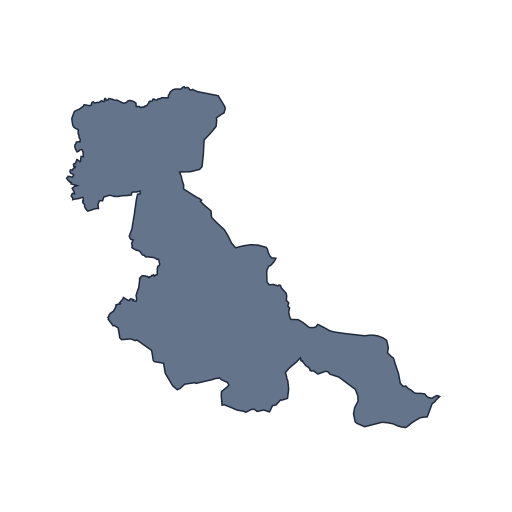 the district of Ikara, Kaduna, Nigeria, rotated 9°
{"feature_id": "59680162B12574760496394", "entity_name": "Ikara", "entity_type": "district", "adm_level": 2, "iso_a3": "NGA", "parent_name": "Nigeria", "parent_adm1": "Kaduna", "projection": "mercator", "projection_center": [8.11, 11.312], "detail": "fine", "context": "isolated", "style": "filled", "palette": "slate", "viewbox_px": 512, "rotation_deg": 9, "n_neighbors": 0, "source": "geoboundaries", "source_scale": "gbopen_adm2", "svg_char_len": 6044}
<svg xmlns="http://www.w3.org/2000/svg" viewBox="0 0 512 512"><g transform="rotate(9 256 256)"><path d="M276.0,255.1L271.8,255.4L269.7,253.8L267.7,250.9L266.1,247.3L264.7,245.9L256.5,244.9L248.9,245.7L241.6,248.0L234.5,251.1L229.7,246.9L224.8,239.9L220.5,234.9L211.9,229.2L206.1,224.8L204.5,218.5L196.6,213.7L192.6,210.8L193.5,209.4L190.7,207.9L188.7,207.5L174.0,201.1L173.5,197.3L171.0,192.4L169.9,189.4L167.4,185.0L178.1,183.0L186.7,179.3L188.7,176.3L188.1,164.0L186.6,149.5L192.6,140.7L196.3,134.3L196.0,128.2L195.3,125.8L200.0,121.2L202.0,119.8L202.5,115.4L202.0,113.6L193.6,103.6L172.6,102.8L167.9,101.7L167.5,101.3L166.0,102.2L164.7,102.3L163.6,101.0L162.4,100.2L161.4,100.4L160.4,100.9L159.6,101.0L158.6,100.0L157.1,101.0L155.7,102.9L150.2,103.7L147.8,104.9L145.6,107.5L145.1,109.2L145.2,109.8L144.3,111.0L144.4,112.2L144.7,112.8L144.4,113.6L138.3,114.3L137.8,114.6L136.9,115.6L134.7,116.1L133.8,117.4L132.4,117.7L130.5,116.9L129.6,117.3L129.4,117.7L129.4,118.8L129.1,119.4L128.3,119.6L127.2,119.6L126.3,120.1L126.1,122.2L125.1,123.1L124.8,124.4L124.2,124.9L123.7,124.9L122.4,125.6L122.4,126.4L122.0,126.7L121.1,126.4L120.0,126.7L119.2,127.6L117.5,126.6L115.3,126.9L114.8,127.3L114.4,127.1L114.0,126.1L113.5,123.8L111.2,122.6L107.2,122.0L105.4,122.8L103.9,124.6L101.6,125.9L99.8,125.5L94.2,123.7L91.9,124.4L89.7,123.6L86.0,123.5L85.0,125.4L83.6,125.5L82.9,124.0L82.3,123.9L81.7,125.0L82.1,126.5L81.6,127.3L78.9,126.8L77.1,128.9L75.2,129.1L72.8,130.2L71.1,129.2L70.0,130.0L69.4,133.1L67.3,133.6L62.6,133.4L62.0,135.1L58.4,138.7L55.9,140.2L54.0,141.7L52.7,147.9L52.6,149.3L53.9,153.7L54.7,155.7L55.7,157.0L57.2,157.9L60.4,159.0L60.8,159.6L61.1,162.8L62.3,164.8L62.9,167.1L64.2,168.3L64.2,170.9L63.0,170.8L60.7,171.6L60.5,173.4L59.8,174.5L59.9,176.4L60.3,176.8L60.7,178.2L62.9,181.2L64.8,179.9L65.2,178.9L67.2,178.1L67.5,178.3L68.8,180.1L69.7,183.9L69.8,185.0L67.7,185.0L67.8,190.2L67.3,190.5L64.8,188.9L63.9,188.8L63.6,190.9L63.0,192.9L61.4,193.7L61.3,193.9L61.8,195.0L61.9,196.1L62.4,196.5L63.6,196.1L63.4,197.1L62.8,197.3L61.7,198.5L61.5,199.9L60.2,199.8L59.1,200.1L59.1,202.1L60.5,203.4L62.1,203.7L63.3,204.7L62.8,205.7L62.1,207.0L60.0,206.6L58.0,206.7L58.0,207.2L57.1,208.1L56.8,208.8L58.8,210.9L59.9,211.4L60.2,212.1L62.2,212.2L62.0,213.7L68.4,214.5L65.9,215.7L63.8,217.9L66.1,220.8L67.1,222.8L64.9,222.9L64.3,224.4L64.2,225.8L64.6,226.3L65.9,227.2L66.1,229.1L68.6,228.0L71.9,227.0L75.7,225.1L76.4,226.4L76.5,227.1L76.6,228.1L76.2,228.4L76.7,229.5L76.4,229.9L77.5,231.3L78.1,231.4L78.7,232.2L78.8,233.6L80.1,235.7L82.7,238.0L85.5,236.8L88.2,235.2L91.3,234.0L93.0,233.8L91.8,229.6L92.6,226.6L92.5,226.2L93.8,225.6L95.8,225.5L96.5,221.5L97.3,221.1L102.1,218.8L106.9,219.3L109.4,219.0L114.5,217.4L119.5,216.4L123.4,215.2L123.3,213.9L123.6,212.6L124.0,212.3L127.3,211.5L128.3,211.5L128.9,210.9L130.6,210.6L130.7,210.2L131.3,210.0L132.1,212.6L129.4,213.5L129.0,218.8L129.3,234.0L129.2,248.6L127.7,256.2L128.7,258.0L129.5,258.7L129.8,259.2L132.3,259.4L131.2,262.6L131.3,263.2L132.2,265.5L132.1,267.1L133.0,267.6L136.9,269.0L138.8,269.0L139.7,269.3L140.9,269.9L143.4,272.5L144.1,272.8L145.5,272.7L146.9,274.1L150.1,273.7L150.4,273.5L151.2,273.8L154.2,273.5L156.2,273.7L158.6,274.8L159.0,274.8L159.9,274.4L160.9,275.6L161.5,277.6L162.2,278.8L162.1,280.4L160.7,281.5L160.5,282.4L160.6,285.1L160.9,286.0L160.8,286.7L161.4,289.7L160.5,290.0L159.6,291.0L159.2,290.9L158.8,291.7L158.3,291.3L158.1,291.4L157.7,290.7L157.2,291.3L156.3,291.3L155.8,292.4L154.4,293.0L154.3,293.8L153.6,294.2L153.0,293.6L152.0,293.1L151.6,293.4L149.0,293.0L146.9,293.3L145.7,294.2L145.4,295.7L144.5,296.1L144.9,299.0L145.1,305.8L144.5,308.3L143.7,313.6L144.7,316.7L144.8,318.3L144.6,319.5L141.5,319.5L142.0,318.3L138.9,317.8L137.9,318.9L138.0,319.7L136.7,319.9L131.5,317.7L131.4,319.1L129.6,321.9L128.5,323.9L129.5,324.4L129.3,324.8L127.3,325.2L126.7,325.7L125.4,326.0L125.4,328.2L124.7,331.0L124.3,331.4L123.8,332.6L123.7,333.2L122.7,333.7L122.1,334.8L120.9,335.4L120.9,336.0L120.0,337.5L120.2,338.3L119.4,339.7L119.8,339.8L120.2,341.1L119.9,341.6L125.8,347.3L126.9,346.9L131.1,348.6L134.3,358.2L136.3,359.7L145.2,357.5L150.1,358.5L151.5,357.6L167.7,365.6L170.9,375.3L172.2,376.2L181.5,376.4L184.7,386.0L194.1,397.3L199.2,400.4L201.6,398.8L205.8,393.7L215.7,390.6L216.7,391.2L233.4,384.4L233.6,383.9L239.1,382.2L241.0,383.5L247.6,385.4L249.4,387.7L248.6,389.2L243.2,395.2L243.4,398.8L245.8,408.7L247.8,407.9L257.6,410.1L258.2,410.5L262.3,411.2L268.4,411.3L270.3,412.0L275.4,408.3L277.8,407.7L278.6,407.8L281.3,409.3L282.0,409.2L287.7,406.9L293.6,407.9L294.0,407.2L295.7,401.2L299.1,399.9L302.4,394.9L302.9,394.4L303.2,394.2L303.9,394.4L309.4,391.7L309.1,382.7L308.8,381.2L306.8,373.9L305.7,372.6L305.1,370.3L303.3,366.5L306.2,361.7L312.7,354.1L315.7,349.6L316.5,350.7L316.4,351.9L317.1,352.6L318.2,352.3L319.6,354.0L322.2,356.4L324.8,357.6L326.6,358.8L327.4,360.6L328.8,360.9L330.7,360.4L335.6,362.9L342.7,359.0L345.2,359.1L347.7,361.2L356.7,362.6L375.0,372.2L378.4,378.1L379.5,383.3L377.2,390.2L377.0,396.6L379.9,404.3L382.1,405.6L390.1,407.6L406.5,400.5L412.4,400.1L417.6,400.3L422.8,401.7L426.3,402.1L430.7,402.0L433.0,399.9L435.2,397.2L439.2,393.5L443.6,390.0L447.3,388.8L450.3,388.1L453.1,374.2L455.3,372.2L456.6,369.7L459.4,366.0L456.5,365.5L453.8,367.4L452.4,368.8L450.3,369.0L447.4,368.5L444.2,365.8L440.0,365.9L436.8,366.5L433.9,366.5L430.0,364.1L426.6,362.8L424.3,360.9L422.0,361.8L420.4,360.7L418.4,359.1L415.2,350.0L410.8,341.6L407.8,335.4L405.1,334.0L401.0,331.0L401.1,326.0L398.2,318.8L394.0,316.9L389.0,315.9L384.7,315.8L380.2,316.5L375.9,317.8L355.3,318.7L344.4,318.8L340.2,318.2L334.7,316.1L327.8,313.9L326.2,316.7L323.8,317.8L319.8,318.3L312.5,314.2L307.6,312.3L300.2,313.2L298.7,310.5L297.3,307.1L297.1,304.9L297.2,301.9L295.5,300.7L295.2,299.8L295.7,297.2L292.9,295.0L292.6,290.8L291.7,288.2L285.8,283.3L284.8,281.2L283.1,281.1L282.3,282.1L277.2,281.4L275.0,282.1L273.3,282.2L270.9,279.8L269.2,271.0L269.0,267.9L270.2,263.9L271.8,263.2L272.9,261.7L274.4,259.4L275.3,257.3L276.0,255.1Z" fill="#64748b" stroke="#1e293b" stroke-width="1.5"/></g></svg>